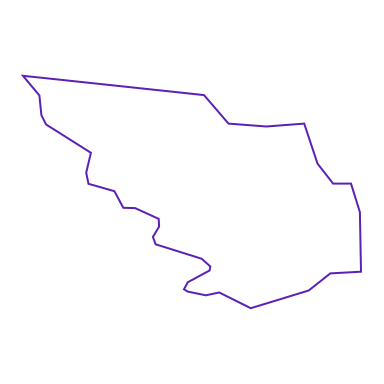 map outline of Sheffield (Natural Earth projection)
{"feature_id": "GBR-5687", "entity_name": "Sheffield", "entity_type": "Metropolitan Borough", "adm_level": 1, "iso_a3": "GBR", "parent_name": "United Kingdom", "parent_adm1": "", "projection": "natural_earth1", "projection_center": [-1.595, 53.403], "detail": "fine", "context": "isolated", "style": "outline", "palette": "violet", "viewbox_px": 384, "rotation_deg": 0, "n_neighbors": 0, "source": "natural_earth", "source_scale": "10m", "svg_char_len": 537}
<svg xmlns="http://www.w3.org/2000/svg" viewBox="0 0 384 384"><path d="M361.0,271.7L330.3,273.4L308.7,290.5L250.7,308.2L219.3,292.5L205.8,295.3L187.8,291.6L184.0,289.3L187.8,282.2L209.6,270.5L210.3,266.5L201.8,258.8L155.6,244.3L152.9,236.9L159.1,226.6L158.7,218.9L135.1,208.1L123.3,207.8L114.4,191.2L88.5,183.8L86.2,172.7L90.9,152.8L46.1,124.5L41.4,115.2L39.4,95.5L23.0,75.8L204.0,95.1L228.5,123.6L266.3,126.5L304.2,123.6L317.5,163.6L333.1,183.6L351.0,183.6L359.9,212.2L361.0,271.7Z" fill="none" stroke="#5b21b6" stroke-width="2"/></svg>